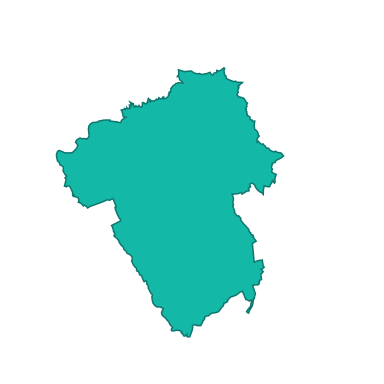 Amatitán, Jalisco, Mexico, rotated 314°
{"feature_id": "50627088B14856852442900", "entity_name": "Amatitán", "entity_type": "district", "adm_level": 2, "iso_a3": "MEX", "parent_name": "Mexico", "parent_adm1": "Jalisco", "projection": "mercator", "projection_center": [-103.707, 20.845], "detail": "fine", "context": "isolated", "style": "filled", "palette": "teal", "viewbox_px": 384, "rotation_deg": 314, "n_neighbors": 0, "source": "geoboundaries", "source_scale": "gbopen_adm2", "svg_char_len": 5986}
<svg xmlns="http://www.w3.org/2000/svg" viewBox="0 0 384 384"><g transform="rotate(314 192 192)"><path d="M83.6,281.7L84.0,281.6L82.8,286.1L83.6,287.1L85.8,287.3L84.8,287.8L84.7,289.4L85.9,290.7L86.6,290.9L92.6,288.2L95.0,286.7L95.4,285.8L96.8,285.2L98.1,285.8L99.8,288.9L100.4,289.1L100.8,290.1L102.0,291.1L105.9,290.0L106.5,289.3L108.7,289.5L110.1,288.8L110.4,288.1L111.9,288.2L113.2,288.8L114.3,289.8L116.9,290.0L119.2,290.7L120.5,292.0L123.4,293.9L125.1,294.2L129.7,293.5L131.2,293.7L133.6,292.8L134.0,292.2L136.5,293.5L138.0,293.6L138.5,292.9L143.6,292.7L144.6,293.6L148.9,295.5L153.3,296.1L155.5,297.0L154.3,300.5L152.0,305.4L152.5,305.7L153.4,309.0L155.6,309.8L155.2,310.6L152.4,312.1L150.9,313.4L144.0,314.2L143.7,315.6L144.3,316.9L147.3,315.3L148.0,315.5L151.2,314.7L153.4,313.7L158.0,310.5L158.7,310.8L160.7,309.3L162.8,308.4L166.9,300.6L168.8,301.7L170.6,303.3L170.7,303.7L171.8,304.2L173.0,303.8L173.7,302.7L174.3,303.0L174.4,302.4L175.6,302.1L177.3,302.8L180.8,298.5L182.7,298.8L184.2,298.5L184.4,295.3L185.8,296.1L188.1,296.2L188.4,294.4L191.9,289.8L190.9,289.4L190.5,288.6L188.8,287.4L184.8,285.4L196.9,271.2L201.2,272.3L202.1,267.0L202.7,267.2L203.2,266.2L203.2,265.3L202.3,263.7L203.5,262.5L203.2,260.5L204.1,259.6L204.6,258.2L205.0,251.0L205.6,246.6L206.9,245.5L207.3,242.2L206.2,241.0L206.6,236.9L207.6,236.5L209.8,231.9L210.4,231.7L211.0,230.6L211.9,230.5L212.0,229.7L213.3,228.2L214.9,227.4L216.4,226.0L218.3,222.4L222.5,226.1L225.7,227.6L225.2,229.5L231.0,230.9L232.2,232.2L233.4,231.3L234.1,229.8L236.3,230.6L237.7,228.1L240.2,228.9L240.6,231.7L239.2,235.9L239.0,238.4L239.3,241.1L240.0,242.1L239.8,244.9L243.2,241.8L246.7,239.6L247.2,241.1L249.5,244.1L253.3,242.9L254.3,243.0L254.9,242.4L256.4,242.1L255.6,245.1L256.7,245.0L259.5,242.1L263.2,240.3L262.1,238.1L261.9,235.4L262.6,234.6L264.4,234.0L264.5,232.5L265.4,231.7L266.6,230.9L267.7,230.8L268.0,230.0L268.5,229.7L271.1,231.3L272.2,230.6L273.4,230.7L277.9,232.3L281.5,232.9L282.0,229.1L279.5,225.3L279.5,223.9L277.5,222.8L276.8,220.8L276.2,218.7L276.8,216.7L275.1,215.2L275.6,214.4L275.6,213.0L275.9,212.7L275.5,211.4L276.1,210.1L274.4,208.3L274.5,204.2L273.2,204.2L275.2,201.9L279.0,201.5L278.9,200.4L280.5,198.1L281.0,195.4L280.6,193.6L283.1,190.4L286.6,187.9L285.1,186.6L285.5,185.4L284.7,183.7L285.2,182.4L286.2,181.7L285.5,178.1L286.3,177.8L286.9,176.4L287.8,175.8L288.2,174.1L288.8,173.4L289.3,173.6L289.7,172.5L291.8,172.0L292.7,170.7L294.4,170.2L294.3,168.0L294.8,167.2L295.4,164.4L294.7,162.2L293.7,161.4L293.7,160.5L292.9,159.7L293.2,156.9L293.6,156.5L295.8,156.0L296.6,154.8L297.8,153.8L298.6,153.7L298.9,153.2L299.6,153.3L300.1,151.5L300.7,151.5L301.1,152.0L301.7,151.7L302.3,152.0L303.3,151.8L305.1,152.3L305.9,152.2L302.1,148.0L301.9,146.3L300.6,145.5L300.0,144.5L299.2,142.4L298.5,141.5L298.5,140.5L297.3,137.7L299.0,136.2L298.7,134.9L299.4,133.3L301.7,130.5L303.6,129.7L303.5,128.7L299.5,128.2L297.5,127.3L296.8,125.3L296.5,125.3L295.3,126.7L294.5,126.5L293.0,125.3L290.3,125.6L289.9,124.6L290.6,121.8L287.1,120.2L285.8,119.0L283.5,117.7L282.4,115.0L280.8,113.9L279.2,111.2L278.5,107.3L273.3,102.9L270.4,97.3L269.6,98.6L266.5,101.3L265.3,101.0L264.8,101.3L265.5,101.7L265.8,102.5L264.2,105.1L264.4,108.4L263.9,109.8L261.2,106.3L258.4,105.0L257.5,105.2L255.2,104.5L251.5,105.0L250.9,106.0L250.0,106.3L249.1,107.3L248.8,107.4L248.2,106.2L247.0,106.7L246.5,107.7L245.4,107.6L245.3,108.2L243.6,108.5L241.6,108.2L240.4,107.7L240.3,107.2L239.6,106.8L240.6,105.7L239.9,105.6L239.8,105.0L238.2,105.6L237.2,104.9L237.2,104.5L236.8,104.1L236.9,103.1L236.7,102.6L235.1,103.4L234.4,102.9L234.3,102.1L231.2,101.6L229.5,99.5L227.9,99.6L227.9,99.3L229.2,98.5L229.1,97.9L229.3,97.7L228.6,97.2L228.6,96.6L229.5,95.2L226.6,97.0L226.6,97.7L225.9,97.2L224.6,98.0L223.0,97.5L223.1,96.3L222.7,96.1L222.5,94.7L221.5,94.4L221.2,95.0L218.6,96.8L218.3,96.7L217.2,95.5L217.1,94.3L217.4,93.8L215.3,93.7L215.1,91.7L213.6,91.8L212.9,91.3L214.8,88.5L214.2,88.1L214.4,87.7L213.6,85.0L212.7,87.9L212.1,88.3L211.9,87.2L211.1,86.7L211.2,87.6L210.2,87.6L209.1,89.5L208.5,89.0L208.2,88.2L207.3,87.7L207.5,86.6L207.0,87.1L206.6,87.0L205.9,86.6L205.5,85.7L204.9,86.4L204.7,85.8L201.7,84.2L201.5,85.5L200.6,86.7L200.0,88.5L199.3,88.8L198.4,90.2L199.9,92.4L195.3,91.5L194.4,91.6L192.8,92.4L191.9,92.1L190.9,90.8L190.4,89.9L190.7,89.8L186.0,83.6L186.8,83.2L185.6,81.7L182.1,78.3L178.0,75.6L176.3,75.3L173.0,72.3L169.8,71.6L167.6,72.1L165.1,74.0L160.7,79.2L157.8,79.7L156.8,79.5L156.7,78.7L154.0,75.8L153.0,73.9L149.4,72.9L146.9,73.6L146.6,76.6L145.9,77.5L144.8,78.1L143.5,78.6L138.3,78.7L136.4,78.1L131.9,73.4L129.9,68.0L129.0,67.3L127.8,67.1L125.0,68.3L123.1,70.3L120.9,73.7L121.2,75.3L119.8,78.2L120.5,80.7L120.4,82.6L118.1,84.1L117.5,85.0L116.4,88.6L116.4,90.8L113.9,90.8L113.8,92.6L107.6,96.2L108.6,98.1L109.1,97.9L110.6,98.6L111.0,101.0L108.8,106.3L106.6,108.6L107.8,109.1L106.6,110.0L107.7,111.5L108.7,113.8L108.3,115.2L106.3,117.6L105.8,117.4L106.8,120.5L106.5,123.6L107.7,123.8L108.3,125.9L108.0,128.0L110.8,128.7L123.6,134.9L127.5,136.4L128.9,138.5L132.4,139.7L128.7,147.8L127.4,147.3L126.3,149.0L124.2,153.5L122.6,157.9L122.7,159.0L121.7,160.7L112.0,157.4L111.7,158.6L109.8,162.3L109.4,163.0L108.9,163.1L109.0,164.2L108.3,165.4L107.4,166.4L106.7,166.0L106.1,166.8L106.5,170.1L105.9,174.1L105.1,174.6L105.1,176.3L104.5,177.2L104.6,180.7L103.4,182.9L103.6,185.4L102.8,188.1L103.9,190.8L103.8,193.2L103.1,194.9L102.4,195.6L100.5,196.4L98.6,201.0L98.7,202.5L98.3,203.4L98.7,204.7L97.8,206.1L97.1,206.5L96.9,207.4L97.6,208.8L97.1,210.2L96.0,211.6L96.8,213.6L94.2,219.5L94.2,219.9L95.8,220.2L96.1,221.1L95.2,222.8L94.4,223.2L94.1,225.4L93.4,226.6L92.6,227.0L90.7,232.5L90.5,234.8L89.6,235.7L88.7,235.9L86.7,238.4L85.1,240.9L84.7,242.6L84.6,245.4L84.9,246.2L85.5,247.3L87.2,249.0L88.3,252.3L84.3,253.6L83.0,255.4L82.6,256.8L82.9,261.0L82.5,262.9L82.5,265.2L81.3,268.5L81.1,272.2L79.1,272.4L78.1,273.4L78.3,274.3L80.3,276.0L81.8,276.8L83.8,279.5L84.2,280.8L83.6,281.7Z" fill="#14b8a6" stroke="#0f766e" stroke-width="1.5"/></g></svg>